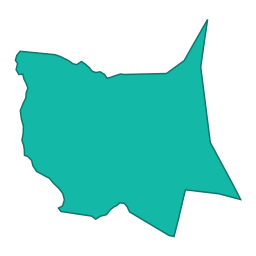 Maribondo, Alagoas, Brazil
{"feature_id": "56859067B82733946406585", "entity_name": "Maribondo", "entity_type": "district", "adm_level": 2, "iso_a3": "BRA", "parent_name": "Brazil", "parent_adm1": "Alagoas", "projection": "equal_earth", "projection_center": [-36.32, -9.554], "detail": "fine", "context": "isolated", "style": "filled", "palette": "teal", "viewbox_px": 256, "rotation_deg": 0, "n_neighbors": 0, "source": "geoboundaries", "source_scale": "gbopen_adm2", "svg_char_len": 1011}
<svg xmlns="http://www.w3.org/2000/svg" viewBox="0 0 256 256"><path d="M168.9,235.4L174.0,236.5L178.7,218.1L180.4,210.6L184.0,195.5L185.4,189.8L218.5,193.7L240.6,199.5L233.1,184.9L215.6,152.4L210.3,142.6L200.7,67.1L204.2,42.3L207.6,19.5L204.5,24.9L191.8,47.1L184.2,60.6L166.5,73.5L124.3,74.5L120.4,74.0L107.2,78.4L104.2,74.2L100.1,71.8L96.0,72.5L92.4,71.5L89.3,67.7L85.9,64.6L81.5,61.5L76.6,64.7L72.7,63.7L69.5,61.2L61.2,56.9L55.1,54.7L20.1,51.3L16.8,55.4L15.4,60.3L17.6,63.5L16.1,69.6L18.9,74.5L22.9,74.2L23.9,78.9L26.3,83.7L27.9,88.0L26.3,92.4L25.8,98.0L23.1,103.5L20.3,110.6L21.4,118.9L23.4,126.2L23.2,133.6L21.9,140.2L23.6,145.1L24.3,149.5L24.5,155.4L27.7,156.3L31.6,160.4L33.0,166.0L36.7,171.5L41.7,174.1L46.1,176.6L49.3,178.1L53.2,182.9L59.3,188.8L62.8,193.5L64.4,199.8L62.6,205.9L58.4,208.1L61.0,211.5L91.8,216.1L95.6,219.2L100.7,216.1L106.4,214.7L110.5,209.6L113.8,206.9L117.0,205.4L119.9,202.8L124.3,203.4L127.0,206.4L129.7,212.0L168.9,235.4Z" fill="#14b8a6" stroke="#0f766e" stroke-width="1.5"/></svg>